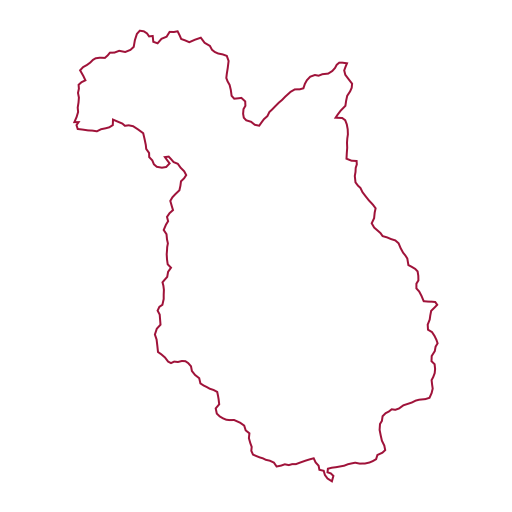 Baependi, Minas Gerais, Brazil (orthographic projection)
{"feature_id": "56859067B1799797383135", "entity_name": "Baependi", "entity_type": "district", "adm_level": 2, "iso_a3": "BRA", "parent_name": "Brazil", "parent_adm1": "Minas Gerais", "projection": "orthographic", "projection_center": [-44.832, -22.017], "detail": "fine", "context": "isolated", "style": "outline", "palette": "rose", "viewbox_px": 512, "rotation_deg": 0, "n_neighbors": 0, "source": "geoboundaries", "source_scale": "gbopen_adm2", "svg_char_len": 4454}
<svg xmlns="http://www.w3.org/2000/svg" viewBox="0 0 512 512"><path d="M347.0,63.3L342.5,62.7L339.2,62.7L336.7,64.8L335.0,68.0L332.3,71.0L328.2,73.6L322.4,74.2L318.6,75.7L314.9,75.0L310.2,76.7L306.9,80.2L304.9,83.8L303.4,88.3L299.8,89.3L294.8,89.4L290.6,91.8L285.3,96.6L282.0,100.0L278.9,102.6L275.4,106.1L272.1,109.5L269.4,112.0L267.4,116.1L263.9,119.2L261.6,122.3L259.2,125.7L254.8,124.8L251.1,121.8L246.2,120.3L243.8,117.7L243.1,113.8L243.5,109.1L245.4,105.8L245.2,101.4L241.4,97.9L238.2,98.3L234.2,98.7L231.6,95.8L230.8,89.9L229.6,84.9L227.6,81.4L226.3,78.0L226.8,73.8L227.7,68.2L228.6,61.0L226.8,55.9L222.7,54.4L218.1,53.5L214.8,52.0L212.0,49.8L209.9,45.9L204.6,42.8L200.8,37.7L195.0,39.7L189.3,42.2L184.9,40.3L181.2,39.0L179.7,35.5L177.6,31.3L173.9,32.0L169.6,31.9L166.6,36.7L161.5,38.8L157.6,43.3L153.3,41.8L152.7,36.0L149.1,36.4L147.0,33.4L143.8,31.3L139.8,30.7L136.9,33.9L134.9,40.1L133.7,46.9L130.4,49.9L125.2,52.0L119.2,50.8L114.4,52.6L109.9,52.7L107.7,55.4L104.9,57.9L99.9,57.7L95.6,58.3L92.9,59.9L90.2,62.6L86.9,65.0L83.1,67.1L80.1,70.3L83.3,75.9L85.4,80.3L81.5,82.2L78.6,84.8L78.9,88.7L78.0,92.9L78.9,97.6L78.5,102.6L77.7,107.6L78.1,112.0L76.6,117.0L74.4,122.1L78.6,122.1L76.5,125.1L77.7,129.0L82.8,129.6L88.0,130.4L92.4,130.6L96.9,131.3L101.1,129.2L105.6,128.3L109.3,127.3L112.8,125.1L113.0,119.6L118.6,122.0L122.4,123.6L124.9,125.8L128.7,125.3L133.1,126.2L138.0,129.4L143.2,133.2L144.6,139.2L145.8,145.0L146.2,148.9L149.1,153.0L149.2,157.1L152.3,160.4L153.9,164.3L156.8,166.8L161.9,167.7L166.2,167.0L169.6,163.4L167.3,160.4L164.9,157.1L168.7,156.6L171.2,159.3L173.6,162.1L177.8,163.8L180.6,167.7L184.2,171.3L186.2,175.1L184.1,178.3L181.0,181.3L180.4,185.8L179.4,190.3L175.3,194.2L172.4,197.3L170.3,200.9L171.7,205.8L173.0,210.1L169.6,213.1L167.0,216.9L168.1,221.2L166.0,224.6L163.7,230.0L166.5,234.2L167.0,239.4L167.9,243.4L167.2,247.0L167.0,250.6L166.7,254.2L167.0,259.4L167.7,264.3L171.0,267.7L168.1,271.8L167.2,276.9L164.7,279.7L162.5,282.3L163.4,285.8L163.9,289.9L163.7,294.6L163.7,299.0L162.4,304.8L159.4,306.8L157.6,310.6L159.7,314.6L160.1,319.7L160.5,324.7L156.8,328.7L154.9,334.5L156.6,339.6L157.4,346.4L158.0,352.0L161.4,354.4L165.0,357.5L168.1,361.6L171.0,363.1L174.2,361.6L177.9,362.0L181.9,361.0L185.4,361.2L188.2,363.1L191.0,366.3L191.9,371.0L195.0,374.9L199.2,378.2L200.4,383.4L203.6,385.5L206.7,387.0L209.7,388.7L213.6,390.0L217.2,391.9L218.0,395.7L218.6,399.2L219.2,404.3L215.7,408.4L216.8,413.6L219.7,416.4L222.9,418.3L226.2,419.7L229.5,420.1L234.1,420.0L240.1,422.7L244.2,425.6L245.7,430.4L249.4,433.3L248.9,438.2L250.3,443.1L251.7,446.9L251.3,450.8L253.0,454.6L256.2,456.0L259.7,457.4L262.8,458.3L265.8,459.8L269.8,460.7L273.9,462.6L276.6,466.5L281.1,465.6L284.8,464.3L288.8,465.1L292.3,464.1L296.0,464.1L300.0,462.6L305.7,460.6L309.9,459.3L313.7,458.3L315.6,462.4L318.6,465.7L319.4,469.8L323.7,470.8L324.9,475.0L327.5,478.5L331.9,481.3L333.4,475.9L330.8,473.4L327.5,472.3L327.9,468.7L331.9,467.7L336.0,467.2L339.3,466.6L344.2,465.7L348.0,464.2L351.2,463.5L355.2,462.7L359.6,463.6L365.1,463.5L369.5,462.5L372.8,461.1L376.1,459.2L377.4,455.0L382.4,452.7L385.2,450.1L384.3,445.6L381.9,440.7L380.7,435.4L379.6,429.9L380.0,424.0L381.9,420.9L382.6,416.2L385.6,413.2L388.9,411.5L391.7,409.3L395.3,409.8L399.0,408.5L403.4,405.3L408.0,403.8L411.9,402.5L415.7,400.6L419.2,399.7L425.4,399.1L429.5,397.8L431.6,393.1L432.7,388.6L432.1,384.6L431.6,380.1L433.2,377.1L434.7,373.1L435.1,369.0L434.6,364.2L431.5,361.2L431.7,356.0L434.8,351.1L435.6,346.6L437.6,343.3L436.4,339.8L434.5,335.9L432.0,332.1L428.0,329.7L427.7,324.6L429.7,319.6L430.3,315.3L431.2,310.8L434.5,307.6L437.2,304.8L435.2,302.0L432.0,301.7L428.2,301.6L423.7,301.2L421.5,295.9L419.2,291.5L416.4,288.4L416.4,283.7L418.4,280.4L418.3,275.8L417.6,271.4L415.2,268.9L411.5,266.7L408.4,265.1L407.3,258.5L405.3,255.4L403.1,252.7L400.6,248.1L398.6,243.3L395.3,240.4L391.1,239.1L387.1,237.4L382.6,236.1L380.5,233.1L377.9,230.8L374.2,227.6L371.7,223.3L374.1,218.2L374.7,212.5L375.6,208.3L373.0,204.8L368.8,200.3L365.7,196.4L362.5,192.2L360.4,187.9L358.0,185.7L355.5,182.4L354.8,176.0L355.5,172.0L355.7,167.9L356.8,164.4L356.6,161.0L351.5,160.7L346.5,158.7L346.8,153.1L347.2,147.8L347.0,142.7L347.3,138.4L347.9,134.4L347.7,129.3L346.8,124.4L345.2,120.2L342.2,118.0L335.6,117.7L337.6,114.7L340.7,110.6L345.4,105.8L346.1,100.9L347.2,95.8L350.1,91.4L351.7,87.8L352.1,83.7L349.0,79.7L345.3,74.8L344.2,70.4L345.6,66.6L347.0,63.3Z" fill="none" stroke="#9f1239" stroke-width="2"/></svg>